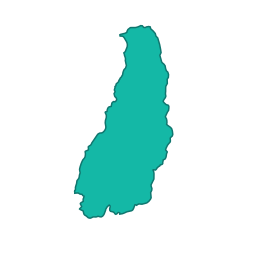 the district of Armenis, Caras-Severin, Romania, rotated 303°
{"feature_id": "2599482B91959331026404", "entity_name": "Armenis", "entity_type": "district", "adm_level": 2, "iso_a3": "ROU", "parent_name": "Romania", "parent_adm1": "Caras-Severin", "projection": "equal_earth", "projection_center": [22.398, 45.223], "detail": "fine", "context": "isolated", "style": "filled", "palette": "teal", "viewbox_px": 256, "rotation_deg": 303, "n_neighbors": 0, "source": "geoboundaries", "source_scale": "gbopen_adm2", "svg_char_len": 5241}
<svg xmlns="http://www.w3.org/2000/svg" viewBox="0 0 256 256"><g transform="rotate(303 128 128)"><path d="M213.5,75.3L210.6,74.3L208.7,74.5L207.5,74.9L205.9,74.0L202.4,70.7L201.7,70.4L200.8,71.3L202.0,73.4L202.0,74.6L201.4,76.2L200.6,77.7L199.9,79.2L199.0,80.7L197.4,82.2L195.6,83.1L190.6,84.1L188.7,83.6L188.2,84.3L187.6,85.0L186.9,85.6L186.4,86.3L185.8,87.1L184.6,88.3L183.7,88.7L183.1,89.0L182.7,89.4L181.9,90.2L181.1,91.0L180.3,91.8L179.6,92.6L177.7,93.1L176.7,93.3L174.9,92.9L174.1,93.0L173.5,93.1L172.9,93.3L172.3,93.4L171.7,93.6L171.1,93.9L170.6,94.1L170.0,94.3L169.4,94.6L168.2,94.5L167.9,94.5L167.5,94.6L167.1,94.6L166.8,94.6L166.3,94.5L166.0,94.4L165.6,94.3L165.2,94.3L164.7,94.5L164.4,94.5L164.2,94.6L163.7,94.5L163.4,94.4L163.2,94.5L162.9,94.5L162.6,94.6L162.3,94.6L162.1,94.8L161.1,94.8L158.6,94.1L158.3,94.2L157.9,94.3L157.7,94.4L157.4,94.6L156.6,94.8L156.4,94.7L156.1,94.6L155.9,94.5L155.6,94.5L154.9,95.1L152.8,95.7L152.2,96.1L151.7,97.2L150.7,97.5L149.2,97.6L147.6,99.3L147.1,100.1L147.1,100.3L147.1,100.6L147.0,100.9L147.0,101.1L146.9,101.4L146.8,101.6L146.6,102.0L146.2,102.5L145.7,103.0L145.3,103.1L144.7,103.2L144.3,103.2L143.9,103.1L143.5,103.0L143.2,102.9L142.8,102.7L142.7,102.4L142.7,102.2L142.4,101.6L142.0,101.3L140.8,101.0L140.2,100.9L139.4,101.2L138.6,101.5L137.8,101.8L137.0,102.2L135.6,100.8L135.1,100.5L134.9,100.4L134.4,100.3L134.0,100.3L133.5,100.3L133.0,100.4L131.6,100.8L130.5,101.4L130.1,101.3L129.5,100.5L128.8,100.3L128.0,101.2L127.2,102.6L125.5,103.8L124.4,104.3L122.2,104.9L119.9,106.1L116.8,108.9L116.2,109.2L115.7,109.4L115.1,109.6L114.5,109.7L112.9,109.8L110.6,109.3L109.5,108.6L108.5,107.2L106.9,106.2L105.6,106.0L95.6,105.8L94.7,106.0L93.3,106.0L92.7,105.7L92.1,105.4L91.5,105.2L90.9,104.9L90.2,105.2L88.5,106.5L87.5,106.4L85.3,104.9L84.7,105.0L84.3,105.4L83.8,105.8L83.4,106.2L82.9,106.5L82.4,106.8L81.8,107.1L81.3,107.3L80.8,107.6L79.6,107.8L79.2,107.8L78.6,107.8L78.0,107.7L77.4,107.6L76.9,107.5L75.8,107.6L74.3,107.8L72.7,108.1L71.2,108.5L69.7,108.9L67.1,109.8L66.2,110.5L64.3,112.3L62.1,112.9L60.2,113.8L59.1,114.1L58.4,114.1L57.7,114.1L57.0,114.0L56.3,113.9L55.8,114.0L53.2,115.2L52.4,115.4L51.7,115.6L51.0,115.8L50.3,116.0L49.6,116.2L49.3,116.5L48.9,116.7L48.5,117.0L48.1,117.2L47.8,117.4L47.7,117.4L47.4,117.5L47.1,117.5L46.8,117.5L46.5,117.4L45.5,117.9L45.3,118.2L45.0,118.4L44.7,118.7L44.3,118.9L44.9,119.6L45.5,120.4L46.0,121.1L46.4,121.9L46.4,123.6L47.3,125.6L46.7,127.0L46.9,128.2L46.3,128.5L45.7,128.7L45.0,128.9L44.3,129.0L43.1,129.6L42.2,130.4L41.6,130.2L41.0,129.9L40.4,129.6L39.8,129.3L38.8,129.1L38.3,129.5L37.2,131.5L36.9,131.9L36.2,131.9L35.8,131.9L35.5,131.8L35.1,131.7L34.7,131.6L34.4,131.5L33.7,131.5L33.6,132.3L34.0,135.4L33.8,135.8L33.2,136.4L32.6,137.0L32.1,137.6L31.6,138.3L31.4,139.5L31.5,141.0L31.1,143.4L31.2,144.0L31.4,144.5L31.6,145.0L31.9,145.5L32.2,145.8L32.7,146.1L33.1,146.4L33.6,146.6L34.5,147.3L35.7,149.2L36.5,150.2L37.4,150.7L37.8,151.3L38.0,152.0L38.2,152.6L38.5,153.3L38.8,153.9L40.1,154.7L40.6,154.8L41.2,154.8L41.7,154.9L42.3,154.9L43.2,154.8L46.8,154.0L47.6,153.6L50.5,153.5L52.6,154.0L53.1,154.2L53.1,154.9L52.8,155.5L52.2,156.0L50.3,156.6L49.1,157.5L48.6,158.7L49.4,160.9L49.6,162.2L49.4,162.7L49.2,163.1L49.0,163.6L48.9,164.1L49.0,164.8L50.0,165.4L51.5,165.6L51.9,166.0L52.2,166.7L52.2,167.5L51.3,168.0L53.0,169.9L53.9,170.6L54.9,171.3L56.0,172.0L57.0,172.6L60.6,176.1L61.8,176.6L63.5,176.5L66.6,175.8L67.5,175.7L67.7,176.1L67.8,176.5L67.8,176.9L67.9,177.4L68.1,177.4L68.4,177.4L68.6,177.5L68.8,177.6L69.1,177.8L70.0,178.3L70.5,179.0L70.8,179.5L71.1,180.1L71.4,180.6L71.7,181.2L73.0,182.4L74.3,183.6L75.5,184.6L77.2,185.2L77.9,185.4L78.6,185.5L79.2,185.5L79.8,185.6L80.5,185.6L81.1,185.6L82.2,185.3L85.4,182.8L86.1,182.2L86.7,182.1L88.8,181.8L90.3,181.0L91.8,179.1L92.9,178.3L94.5,178.1L96.1,177.9L97.7,177.7L99.3,177.5L103.8,174.7L105.4,173.3L106.1,172.1L106.7,171.9L107.0,172.4L107.2,172.8L107.4,173.3L107.6,173.8L108.2,174.1L108.3,174.1L108.9,174.2L109.5,174.2L110.0,174.2L110.6,174.2L111.3,174.4L112.1,174.6L112.8,174.9L113.5,175.3L114.7,175.2L115.6,176.1L116.4,176.5L117.1,176.5L118.2,175.8L118.8,175.6L119.3,175.4L119.9,175.2L120.5,174.9L121.9,175.9L123.6,175.9L124.6,175.6L125.6,175.2L126.6,174.7L127.5,174.3L128.9,174.1L129.5,173.7L129.9,171.9L130.3,171.4L131.9,170.9L135.3,170.5L137.3,170.7L139.0,171.0L140.1,170.7L142.1,169.2L142.7,168.9L143.5,169.0L145.5,169.5L147.1,169.0L149.7,166.8L151.2,165.0L151.7,163.3L151.8,160.1L152.1,158.4L153.6,157.8L155.3,156.6L156.6,155.3L157.5,153.6L158.1,153.1L162.7,152.4L165.0,152.4L165.9,151.9L166.8,151.5L167.6,151.0L168.5,150.4L169.0,149.3L168.4,147.2L168.8,144.7L169.3,143.2L170.0,142.8L170.9,142.7L171.9,142.7L172.8,142.7L173.7,142.8L175.3,142.4L176.8,141.0L177.9,140.3L179.1,139.7L180.2,139.0L181.3,138.3L182.4,137.6L183.6,137.0L186.8,136.7L190.2,134.3L192.4,134.3L194.9,132.9L196.5,131.0L196.9,129.0L198.2,127.3L200.4,125.2L201.1,123.4L201.4,121.0L201.8,120.2L206.3,115.1L209.2,114.7L211.6,112.6L215.3,109.0L219.7,103.9L220.3,101.4L222.1,99.4L223.0,96.5L223.6,92.9L224.9,91.6L224.4,90.1L222.9,88.5L222.4,88.2L221.7,87.8L220.9,86.4L221.5,84.3L220.8,82.9L220.1,82.5L219.4,82.1L218.7,81.6L218.0,81.1L217.6,80.8L216.2,79.4L213.5,75.3Z" fill="#14b8a6" stroke="#0f766e" stroke-width="1.5"/></g></svg>